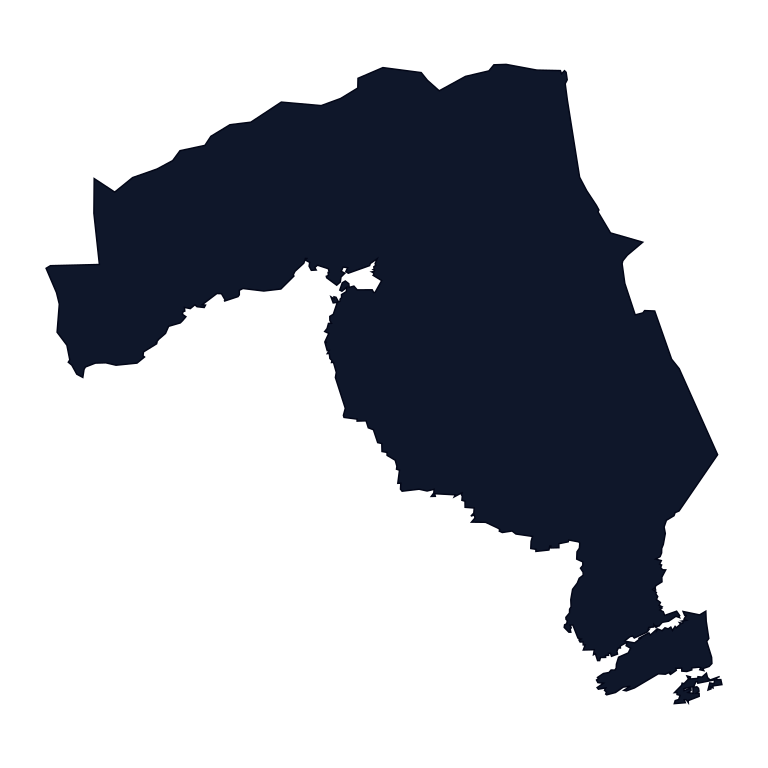 the district of Eide nor, Møre og Romsdal, Norway, rotated 180°
{"feature_id": "86288312B27071382350329", "entity_name": "Eide nor", "entity_type": "district", "adm_level": 2, "iso_a3": "NOR", "parent_name": "Norway", "parent_adm1": "Møre og Romsdal", "projection": "orthographic", "projection_center": [7.322, 62.931], "detail": "fine", "context": "isolated", "style": "filled", "palette": "ink", "viewbox_px": 768, "rotation_deg": 180, "n_neighbors": 0, "source": "geoboundaries", "source_scale": "gbopen_adm2", "svg_char_len": 5973}
<svg xmlns="http://www.w3.org/2000/svg" viewBox="0 0 768 768"><g transform="rotate(180 384 384)"><path d="M685.2,390.6L684.0,398.5L682.6,401.0L672.6,404.9L662.2,405.2L652.0,402.8L631.0,404.9L623.5,411.0L625.0,412.2L624.5,416.1L611.4,424.2L611.1,425.4L611.8,425.5L609.3,428.7L602.5,434.6L599.4,441.7L587.7,445.1L585.3,447.5L582.1,451.3L585.6,453.7L585.0,456.3L583.2,456.9L583.6,460.6L577.7,459.4L573.1,463.2L571.0,461.3L563.8,460.5L562.5,462.9L565.8,463.3L551.1,474.5L546.5,474.3L542.8,467.9L543.9,466.8L530.0,471.4L528.7,473.2L528.7,477.7L525.1,479.5L504.2,477.0L487.1,479.0L474.1,491.9L474.7,493.4L473.0,496.7L464.2,504.8L462.6,509.6L461.2,509.5L462.4,507.8L458.3,505.6L458.9,501.8L456.7,497.7L451.8,498.0L453.2,500.5L450.5,502.8L439.7,499.3L438.8,496.0L439.9,495.6L439.6,492.5L441.7,491.7L441.3,490.2L431.3,482.8L427.7,486.0L427.0,491.0L423.1,494.8L426.8,496.7L424.9,500.9L420.3,500.3L422.2,496.4L419.7,494.8L398.4,502.4L397.7,504.5L390.8,509.3L392.9,504.3L392.2,502.7L394.2,501.2L393.8,498.8L394.8,498.4L393.4,497.7L393.8,496.5L396.2,496.1L394.6,495.3L394.1,493.5L394.9,492.7L386.3,487.4L392.9,475.6L394.4,475.5L395.8,478.2L410.8,478.1L414.1,481.9L418.8,480.6L419.2,484.3L422.7,487.0L425.7,485.2L428.2,477.9L426.1,476.8L421.2,480.7L421.7,476.4L426.5,473.4L426.4,470.4L427.9,468.8L427.8,467.0L429.5,466.1L432.0,470.7L434.0,471.2L433.9,469.2L437.0,471.1L434.8,465.1L430.7,465.6L434.7,453.7L438.2,451.6L438.1,447.6L436.5,444.7L439.5,444.6L440.9,439.5L443.3,436.5L439.2,434.6L443.0,426.4L441.0,425.5L443.0,425.4L440.8,417.4L438.8,417.5L440.7,414.4L438.7,414.5L438.1,409.5L436.0,407.5L436.5,405.5L434.5,405.6L431.7,395.6L432.6,390.5L422.7,359.7L424.6,352.6L424.0,350.6L410.9,348.9L410.9,346.9L401.9,347.2L399.7,340.2L394.6,338.3L390.3,325.4L386.2,324.5L386.0,316.5L381.0,315.6L380.9,312.6L372.8,307.8L371.1,301.8L371.5,298.8L368.5,297.8L370.2,284.7L367.2,284.8L367.5,278.8L365.9,276.8L348.9,278.8L340.9,277.0L333.9,278.7L334.2,275.0L336.7,271.6L332.7,271.7L333.4,274.3L312.7,273.2L313.7,271.2L305.3,275.7L306.7,273.7L305.7,271.7L306.1,267.7L303.0,266.8L302.9,260.7L293.8,260.0L294.2,254.9L297.1,251.9L293.7,253.0L293.0,250.0L296.5,245.9L282.4,245.7L270.3,240.0L268.2,238.6L268.7,236.9L265.7,235.5L255.9,237.0L252.1,234.0L235.5,231.6L236.9,226.6L237.2,219.5L232.1,218.7L232.1,216.6L219.1,218.0L218.2,222.0L217.2,222.1L217.1,220.1L209.1,220.3L209.2,224.3L199.8,226.2L199.3,228.0L189.2,226.1L188.2,224.8L188.6,219.8L191.0,216.2L191.3,208.9L185.2,206.1L185.2,202.5L187.5,199.8L184.9,195.8L184.8,192.8L188.8,189.7L190.7,184.9L195.4,178.7L197.2,168.4L196.9,161.2L198.4,158.8L198.5,155.0L202.1,150.7L202.0,148.7L200.7,147.4L201.3,144.2L203.4,143.2L203.8,140.6L199.1,135.8L197.2,135.8L197.8,138.8L196.8,140.2L197.9,142.8L195.2,143.1L190.0,129.9L187.0,129.0L189.0,128.0L187.9,126.0L184.9,126.1L184.8,123.1L182.8,123.1L184.7,118.0L173.7,118.3L174.5,113.3L172.6,114.3L170.4,107.4L168.4,107.4L167.5,110.5L162.4,110.6L162.5,112.6L159.5,112.7L159.5,114.7L157.5,114.7L156.5,111.7L150.5,113.9L151.1,116.9L149.7,120.0L147.6,120.0L147.7,122.0L142.3,125.1L141.4,126.2L143.3,127.1L138.1,131.3L135.4,132.0L133.7,130.0L121.0,135.9L118.7,138.9L119.8,138.9L119.3,140.6L114.3,141.0L114.1,143.4L112.0,140.5L111.0,141.3L112.2,142.1L109.1,141.9L105.7,145.7L99.4,146.8L92.1,151.7L88.4,150.4L89.0,151.7L88.3,152.4L91.4,156.8L103.3,152.6L104.8,156.3L108.2,158.0L106.1,159.9L107.5,160.6L106.1,161.3L108.9,162.7L107.6,165.5L111.6,168.5L110.3,171.4L112.3,174.2L111.6,175.5L115.4,178.5L113.9,179.8L112.2,177.3L112.9,180.2L112.2,182.3L106.0,186.2L106.2,190.8L102.3,198.1L105.4,198.2L107.4,200.5L106.4,203.0L108.4,203.9L106.7,207.4L112.4,208.9L107.9,211.4L106.4,215.1L106.3,219.6L104.7,223.5L102.7,234.5L103.9,241.0L101.6,247.7L94.0,252.3L92.9,255.4L89.0,257.0L50.4,313.3L88.8,399.3L96.4,408.8L113.3,457.0L123.4,457.4L125.1,455.1L132.8,453.1L143.2,484.7L145.9,504.3L145.2,507.2L140.7,512.8L125.3,525.8L157.5,535.1L170.0,556.1L169.1,558.0L171.6,562.6L181.3,577.3L188.4,590.8L200.6,667.6L202.8,684.3L200.8,688.2L201.9,695.7L203.5,697.3L206.5,694.2L207.6,697.4L231.1,697.9L261.8,703.6L274.1,703.2L279.1,697.1L302.5,691.6L328.8,677.2L340.6,687.7L346.8,695.4L385.1,700.4L410.0,689.7L410.2,680.0L427.4,669.5L446.8,662.4L486.7,665.9L517.2,645.8L538.0,643.3L557.1,631.7L563.1,622.6L588.0,617.3L595.3,607.4L611.2,598.9L635.4,590.4L653.3,575.9L673.8,589.4L674.1,554.7L668.6,503.5L717.6,502.3L721.9,499.7L711.5,475.4L708.7,463.9L710.9,435.8L701.1,422.8L698.2,408.1L699.7,405.8L696.2,402.9L691.2,393.8L685.2,390.6ZM84.9,156.5L83.4,152.8L81.9,152.5L84.0,148.8L81.6,147.7L86.1,146.9L84.8,146.4L85.4,144.7L88.5,145.3L87.4,143.9L91.7,140.2L92.9,141.6L95.5,137.5L97.2,140.9L99.8,139.1L103.0,140.2L105.9,137.3L109.9,138.9L111.4,137.0L111.3,138.7L117.7,132.9L119.1,135.1L129.6,129.4L127.7,129.4L133.4,125.1L140.7,126.4L141.9,122.3L137.4,119.8L139.7,115.1L149.4,110.8L151.6,103.8L151.8,99.9L153.2,97.9L156.9,98.0L159.0,95.5L164.6,94.5L170.4,90.6L169.3,89.7L171.5,88.0L170.1,85.4L164.5,84.8L170.9,80.4L169.6,78.8L162.3,80.1L163.5,77.7L161.5,75.9L162.3,73.9L161.3,73.2L152.5,75.5L144.7,80.9L137.5,81.8L144.2,77.7L141.7,77.1L133.5,80.1L109.7,94.2L102.6,93.8L97.3,96.4L98.7,94.7L97.5,93.6L91.7,97.7L92.3,99.7L86.3,99.9L86.2,96.9L81.2,96.5L76.2,98.1L76.2,100.1L69.2,100.8L67.2,100.4L68.2,98.3L64.2,97.4L65.2,99.4L59.0,101.5L56.1,104.5L56.4,110.7L61.3,126.6L59.2,129.5L61.8,146.9L62.2,156.8L68.4,153.1L84.9,156.5ZM61.6,94.8L66.0,90.9L70.0,91.3L70.3,89.6L78.0,89.0L77.5,91.1L81.0,92.0L79.5,89.0L83.9,84.4L85.9,84.8L86.3,82.8L93.5,75.4L91.0,75.5L91.0,73.5L87.9,72.6L89.3,68.5L92.8,67.4L93.7,64.4L82.7,65.3L83.8,68.3L81.8,68.4L79.7,65.4L79.8,67.4L68.8,71.7L68.9,74.7L71.9,74.7L69.0,76.8L69.5,79.7L71.1,81.2L75.1,80.6L74.9,74.6L80.0,75.5L77.0,77.5L77.1,79.6L84.0,77.4L84.1,79.4L74.1,81.6L72.2,86.2L70.6,86.4L70.2,84.8L53.2,88.2L54.1,84.2L58.2,85.1L60.0,78.0L57.0,79.1L57.0,81.1L55.0,80.1L55.1,82.1L46.1,83.4L47.2,88.4L51.2,88.3L51.3,90.3L48.3,91.5L57.9,88.0L60.5,90.5L61.6,94.8Z" fill="#0f172a" stroke="#020617" stroke-width="1.5"/></g></svg>